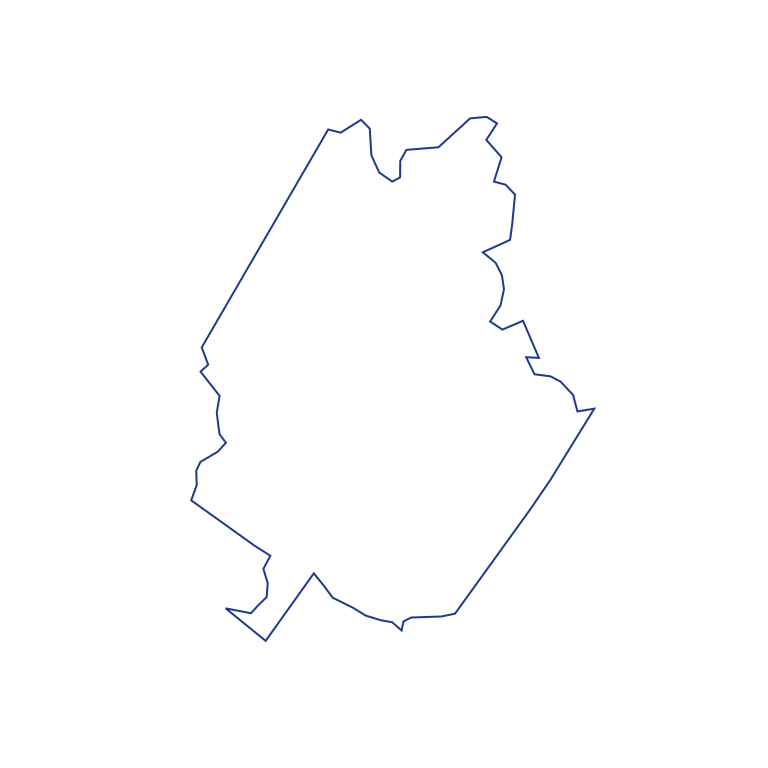 Fagundes Varela, Rio Grande do Sul, Brazil (Equal Earth projection), rotated 125°
{"feature_id": "56859067B34338588970082", "entity_name": "Fagundes Varela", "entity_type": "district", "adm_level": 2, "iso_a3": "BRA", "parent_name": "Brazil", "parent_adm1": "Rio Grande do Sul", "projection": "equal_earth", "projection_center": [-51.72, -28.886], "detail": "fine", "context": "isolated", "style": "outline", "palette": "blue", "viewbox_px": 768, "rotation_deg": 125, "n_neighbors": 0, "source": "geoboundaries", "source_scale": "gbopen_adm2", "svg_char_len": 1042}
<svg xmlns="http://www.w3.org/2000/svg" viewBox="0 0 768 768"><g transform="rotate(125 384 384)"><path d="M458.6,554.3L469.0,539.1L479.1,541.4L488.0,511.9L503.5,504.5L519.4,490.0L522.8,479.8L534.9,481.4L553.1,489.7L562.7,488.1L574.3,479.4L589.9,475.2L590.7,397.5L589.9,378.6L604.6,376.8L613.9,365.0L625.8,357.9L637.9,360.2L648.1,361.5L658.6,385.1L662.3,333.6L579.4,332.9L583.7,317.7L588.5,303.4L585.1,281.1L584.2,266.1L579.4,251.3L574.5,240.7L575.8,228.2L567.3,231.9L559.7,227.8L541.5,203.6L531.4,194.1L402.8,192.3L367.4,192.7L283.6,197.6L295.5,209.8L284.5,222.9L280.8,240.7L282.2,252.0L289.7,266.3L280.5,282.9L273.8,272.1L252.5,306.4L271.5,318.2L272.0,332.9L252.9,333.6L237.5,340.1L227.3,349.8L220.7,362.0L219.4,378.6L193.6,363.4L179.3,370.8L153.7,385.3L151.0,398.7L155.1,410.0L130.8,417.8L125.4,440.2L105.7,440.9L106.3,453.1L117.0,465.8L158.9,475.2L179.3,499.9L191.8,498.7L205.6,489.3L213.5,493.4L213.5,509.3L203.9,525.5L183.0,542.1L180.7,554.3L203.0,563.7L207.5,575.7L458.6,554.3Z" fill="none" stroke="#1e3a8a" stroke-width="2"/></g></svg>